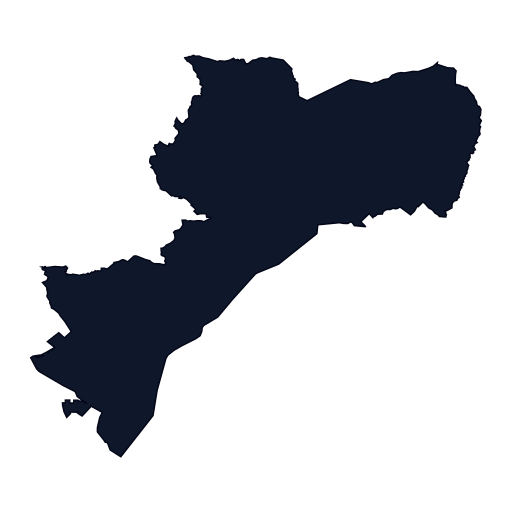 outline of Ramnicu Valcea, Vâlcea, Romania
{"feature_id": "2599482B78042684823285", "entity_name": "Ramnicu Valcea", "entity_type": "district", "adm_level": 2, "iso_a3": "ROU", "parent_name": "Romania", "parent_adm1": "Vâlcea", "projection": "equal_earth", "projection_center": [24.36, 45.075], "detail": "fine", "context": "isolated", "style": "filled", "palette": "ink", "viewbox_px": 512, "rotation_deg": 0, "n_neighbors": 0, "source": "geoboundaries", "source_scale": "gbopen_adm2", "svg_char_len": 5903}
<svg xmlns="http://www.w3.org/2000/svg" viewBox="0 0 512 512"><path d="M410.6,214.8L414.4,211.2L417.3,206.0L418.2,206.7L423.0,201.9L425.5,204.1L428.6,207.8L432.6,210.0L434.9,213.0L438.2,215.0L439.4,216.5L445.8,217.0L446.4,214.4L445.5,213.4L445.7,211.8L444.8,211.4L444.7,211.0L447.3,210.4L451.9,207.9L452.1,203.9L452.7,202.5L454.4,200.9L456.8,200.3L457.6,198.3L459.2,197.4L458.6,195.7L459.4,192.8L459.1,191.7L460.3,189.8L460.4,189.0L461.6,187.6L461.7,186.0L461.2,185.2L462.6,184.9L461.9,183.4L463.6,181.8L463.1,180.0L464.1,178.8L464.4,176.8L465.4,176.2L465.2,175.1L466.9,173.2L466.9,170.5L467.7,169.1L468.0,167.0L468.7,165.4L467.1,163.4L467.0,161.7L469.2,159.8L469.0,158.3L470.1,157.7L469.9,154.9L470.2,153.7L470.9,153.2L472.5,153.6L473.1,153.2L473.7,152.5L473.6,150.3L475.3,149.8L474.2,147.4L473.3,146.4L474.5,145.2L474.9,143.9L477.2,142.5L475.9,141.4L478.1,136.5L480.0,134.4L479.9,132.8L479.4,131.7L479.9,128.5L480.6,126.7L479.5,125.7L479.3,125.0L480.1,123.6L480.3,122.3L481.1,121.5L481.3,120.6L479.5,118.3L479.1,117.2L480.4,115.2L480.9,109.3L479.4,106.5L478.0,106.1L476.9,104.6L476.4,101.5L474.5,98.7L473.8,96.1L470.1,91.9L466.9,87.4L464.4,87.3L464.4,87.6L463.1,86.4L461.9,86.4L460.0,85.3L455.7,84.6L455.2,81.4L455.5,74.3L456.1,70.9L453.5,68.1L447.6,67.8L438.9,64.9L437.1,64.9L437.4,62.7L433.3,66.2L428.4,68.4L418.2,71.6L413.1,71.4L404.5,72.9L400.9,72.6L397.1,73.3L392.1,75.3L388.8,78.7L383.5,79.6L377.2,82.5L375.1,82.3L372.4,83.6L370.9,83.7L368.5,82.7L350.5,79.7L307.1,100.7L299.0,96.8L298.1,94.4L298.4,92.3L297.8,91.1L298.1,89.6L297.6,86.5L297.8,83.7L296.8,82.3L294.7,81.2L295.1,79.1L293.0,77.6L293.2,76.0L292.4,74.7L291.9,72.2L291.3,71.3L291.9,68.9L283.3,60.1L271.4,57.9L269.9,57.2L267.0,58.7L261.9,57.8L259.2,58.2L256.3,59.7L252.7,60.2L248.5,63.4L247.0,63.8L245.8,63.7L243.6,59.4L240.9,59.5L239.2,60.8L238.0,59.4L235.5,60.1L233.5,58.3L229.4,60.3L224.8,61.3L219.6,60.8L218.4,61.4L216.7,61.4L208.7,58.8L203.1,57.8L199.2,56.1L195.2,56.2L193.6,55.3L190.4,56.7L189.3,56.5L187.3,57.4L184.8,57.7L185.4,58.9L187.0,60.4L187.0,60.9L189.0,61.8L192.8,65.0L193.7,69.8L197.3,73.8L197.2,76.8L199.4,78.5L200.2,79.8L200.3,83.0L200.0,84.2L202.6,86.1L202.6,87.2L201.3,88.9L201.5,92.4L200.8,93.6L202.4,95.0L200.3,96.1L198.8,95.6L196.6,96.0L194.9,95.7L193.0,97.1L192.4,98.7L192.2,100.6L191.4,102.2L191.8,104.4L191.5,105.3L191.1,106.1L190.2,106.4L189.5,108.4L188.3,110.1L189.0,117.4L187.3,119.2L185.9,119.8L184.0,123.1L181.7,124.0L177.9,120.1L176.7,118.0L175.1,121.3L175.2,122.3L175.8,122.6L174.0,126.0L174.7,126.4L175.9,128.4L178.3,130.0L178.9,133.1L178.6,134.0L175.0,138.4L175.5,140.2L173.8,143.1L172.7,144.2L171.7,143.9L171.1,144.3L169.3,143.4L168.6,144.7L168.8,145.5L168.5,146.3L163.9,144.4L159.9,141.6L158.0,144.4L154.9,145.0L154.7,146.0L155.3,147.0L153.9,147.7L157.2,155.6L151.1,156.5L150.0,159.0L149.7,161.8L150.3,163.4L152.8,165.5L151.0,167.3L153.5,169.0L155.5,173.3L157.2,175.4L156.9,176.0L156.8,178.4L157.5,181.9L160.3,186.8L160.3,188.6L161.2,188.9L162.0,189.8L166.3,190.9L171.4,195.8L173.0,195.6L175.0,196.5L181.1,196.7L179.2,197.5L178.9,198.2L181.4,198.5L183.4,197.5L186.7,199.2L192.1,204.5L191.1,205.1L195.1,208.6L195.7,209.6L194.0,211.2L197.2,214.4L200.6,213.7L205.4,213.7L206.2,214.2L206.7,217.2L208.9,217.6L210.2,217.2L210.5,217.7L210.4,218.8L206.7,220.2L204.0,221.7L201.1,220.8L197.2,220.7L193.7,221.2L189.6,220.7L188.2,221.3L185.5,220.1L182.1,220.2L183.0,224.9L180.8,228.4L179.3,229.7L175.1,230.9L173.6,232.3L174.6,234.2L175.1,238.2L173.7,240.7L170.3,243.3L166.1,245.2L165.1,246.7L162.2,248.3L161.0,248.3L161.4,252.6L161.1,254.7L162.0,255.6L164.5,256.4L165.4,257.7L165.4,259.8L164.7,261.0L165.0,261.7L165.7,262.0L165.2,264.6L163.1,264.6L159.7,263.8L153.8,263.6L151.4,262.3L149.8,260.7L145.6,259.6L136.7,256.1L135.0,255.9L133.8,256.2L127.7,261.8L124.2,260.0L122.3,259.7L118.7,261.6L114.0,262.5L114.0,263.3L113.5,263.8L107.8,268.6L105.6,268.8L104.6,268.2L101.3,268.3L101.2,270.6L100.2,271.1L97.8,270.8L96.2,271.2L95.2,270.7L94.5,271.9L93.7,271.9L92.7,272.6L91.9,272.0L89.0,274.2L88.0,273.2L85.3,274.7L83.9,274.2L80.8,274.9L80.2,275.4L72.6,274.2L71.3,274.8L68.1,274.4L66.8,275.0L66.8,273.7L65.3,272.9L64.9,271.7L65.9,271.6L66.4,271.0L66.2,269.6L67.3,268.8L67.5,268.0L65.8,266.1L62.9,267.1L54.9,266.5L45.6,267.7L45.3,267.4L45.4,266.6L44.9,266.6L44.3,266.8L44.0,267.7L42.4,266.9L41.7,267.0L42.6,267.4L42.8,268.2L42.1,268.9L43.1,269.9L44.4,270.1L45.7,271.2L44.9,272.4L45.0,273.8L44.6,274.3L48.0,276.6L48.0,277.9L46.9,280.7L42.5,282.5L46.6,287.2L47.1,290.7L47.5,291.5L47.4,295.4L46.9,295.8L47.3,297.1L50.0,301.3L49.7,302.7L51.1,305.8L51.5,308.0L54.0,309.2L58.7,313.1L60.2,315.7L64.7,321.3L71.3,331.6L64.4,337.9L58.8,332.7L47.4,341.6L54.7,347.4L51.9,349.1L52.6,349.5L52.1,350.1L51.3,349.4L48.1,351.3L48.9,351.9L48.0,352.8L47.1,351.9L41.5,354.8L43.1,355.9L42.6,356.3L40.7,355.0L38.4,355.3L40.2,356.9L39.8,357.1L37.8,355.4L36.6,355.6L38.5,357.5L37.2,358.0L35.0,355.8L33.0,356.2L30.7,357.7L36.7,368.9L39.0,371.4L63.5,385.7L74.8,391.4L75.6,392.4L77.2,396.5L85.9,403.1L85.3,403.1L81.6,400.4L81.4,401.3L77.8,400.7L77.8,400.2L73.8,400.2L73.8,403.0L69.6,403.0L69.8,400.1L65.4,400.1L65.3,402.9L62.5,402.9L62.6,405.4L64.0,411.6L66.7,417.4L70.5,413.5L69.8,412.0L77.6,412.2L77.1,412.6L77.5,413.0L78.0,412.7L78.7,413.9L82.1,416.0L91.2,406.2L102.3,412.4L99.7,417.5L97.4,427.7L97.4,431.9L103.9,440.1L105.1,442.1L107.5,442.8L110.2,450.0L120.8,456.7L153.0,415.6L157.1,390.4L165.9,358.5L167.9,355.1L174.1,350.2L181.9,345.7L196.1,338.5L200.1,335.7L201.7,331.7L202.2,327.5L203.8,325.4L217.7,317.1L232.4,299.5L255.0,274.4L256.7,273.1L278.7,264.1L316.9,233.6L317.8,224.8L339.4,222.7L343.4,223.4L347.7,223.5L350.9,221.8L352.5,222.9L354.3,225.6L365.2,226.7L365.4,226.6L365.1,226.0L360.8,221.7L369.2,213.6L372.9,217.6L373.3,216.9L375.2,216.1L377.5,214.2L382.4,214.0L383.1,211.8L385.6,209.9L387.8,209.4L390.3,209.5L392.9,208.3L395.8,208.8L397.8,208.3L399.9,206.9L410.6,214.8Z" fill="#0f172a" stroke="#020617" stroke-width="1.5"/></svg>